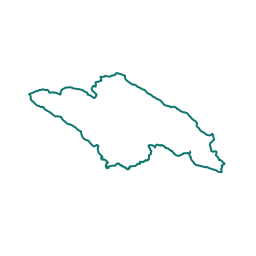 outline of Peque, Antioquia, Colombia, rotated 117°
{"feature_id": "7082276B42388352682684", "entity_name": "Peque", "entity_type": "district", "adm_level": 2, "iso_a3": "COL", "parent_name": "Colombia", "parent_adm1": "Antioquia", "projection": "equal_earth", "projection_center": [-75.872, 7.047], "detail": "fine", "context": "isolated", "style": "outline", "palette": "teal", "viewbox_px": 256, "rotation_deg": 117, "n_neighbors": 0, "source": "geoboundaries", "source_scale": "gbopen_adm2", "svg_char_len": 5839}
<svg xmlns="http://www.w3.org/2000/svg" viewBox="0 0 256 256"><g transform="rotate(117 128 128)"><path d="M90.3,167.1L90.8,168.0L91.4,170.4L92.0,171.6L92.1,172.1L92.5,172.0L93.0,172.6L94.2,174.2L94.9,175.6L95.3,175.2L96.6,174.4L97.4,173.4L98.0,173.4L100.5,175.8L100.9,176.0L101.9,177.6L102.8,177.4L103.6,176.5L105.7,175.6L105.9,175.8L106.0,176.4L106.1,177.7L106.6,178.2L108.6,178.2L109.2,178.4L109.7,178.2L111.0,176.8L111.2,174.9L111.6,174.3L112.1,172.4L112.2,171.8L112.5,171.3L114.3,170.9L116.2,171.4L116.6,171.7L116.8,172.2L116.4,173.9L116.1,175.9L116.2,177.3L116.5,179.2L115.4,179.8L115.0,180.7L115.3,182.9L115.0,183.7L115.0,186.4L115.3,187.4L115.5,189.1L116.3,190.6L116.5,191.8L117.5,194.5L117.5,196.1L118.1,198.4L120.6,202.2L121.3,202.4L122.4,203.4L123.3,204.0L124.3,204.2L124.4,204.4L126.6,204.3L127.7,203.8L127.9,203.6L128.6,203.5L128.9,203.6L129.1,204.3L129.2,207.3L129.4,208.4L130.0,209.8L130.1,210.8L131.6,213.1L132.2,214.2L131.2,215.2L130.9,216.1L130.7,217.3L131.2,217.8L131.9,219.5L132.0,220.7L132.3,221.5L133.5,222.8L134.7,224.5L135.7,225.2L136.0,225.6L136.4,225.6L136.8,226.4L137.2,226.9L137.4,227.0L137.7,227.4L138.4,227.7L139.2,228.5L139.9,228.9L140.2,229.3L140.7,229.5L141.8,230.8L142.7,231.3L143.7,229.5L144.7,228.6L146.3,227.9L147.0,227.0L147.5,225.8L147.7,223.8L148.4,222.5L149.1,219.7L149.1,218.2L148.8,217.3L148.8,215.6L148.8,214.9L148.4,214.0L148.0,213.9L147.8,213.3L148.0,212.6L149.2,210.4L149.2,208.9L149.4,206.8L149.4,204.6L149.8,202.9L150.7,198.2L150.6,197.8L150.0,197.0L149.0,194.4L148.6,192.8L148.8,192.1L149.9,190.8L150.4,189.5L150.9,187.1L151.7,184.4L151.7,182.9L151.2,181.8L151.0,178.9L151.5,174.4L152.6,170.9L152.4,169.6L152.5,168.5L152.6,168.2L153.3,167.9L155.7,165.6L157.2,163.6L157.8,161.4L157.7,159.8L157.4,158.4L157.5,157.4L157.8,156.3L158.7,154.8L159.2,153.0L159.9,151.0L159.9,150.1L159.0,149.1L157.4,148.2L157.2,147.7L157.2,147.4L157.6,146.1L158.4,146.1L160.3,145.5L163.5,142.9L163.7,142.4L164.0,141.2L165.3,137.8L165.8,137.7L166.4,138.4L166.8,138.4L167.1,138.3L167.6,137.6L167.9,136.9L167.9,136.5L167.6,135.9L166.8,135.4L166.8,135.1L166.9,133.5L167.2,131.9L167.8,130.3L168.0,130.3L168.4,131.1L169.2,131.0L169.7,130.7L171.6,130.8L172.5,130.2L173.3,128.7L173.0,128.6L173.0,128.2L172.8,128.0L172.8,128.4L172.4,128.5L172.3,129.0L171.9,129.0L171.2,127.5L170.3,126.8L169.4,125.8L168.6,124.7L168.5,124.1L167.9,123.5L167.3,122.3L166.3,122.3L165.8,121.9L165.4,121.8L165.1,121.5L164.9,121.6L164.5,121.3L164.4,120.7L163.9,119.8L164.3,119.7L164.4,119.1L164.4,117.9L164.6,116.9L164.4,116.6L164.2,116.5L164.2,116.3L164.4,116.0L164.7,116.0L164.3,112.8L164.7,112.3L164.6,111.6L165.0,111.3L165.1,111.0L164.7,110.2L164.9,109.6L164.8,109.2L164.2,108.8L163.7,108.9L163.6,108.6L163.3,108.7L163.1,108.6L163.0,108.8L162.8,108.6L162.2,108.8L161.9,108.6L161.6,108.9L161.4,108.6L161.0,108.5L160.8,108.1L160.8,107.6L160.4,107.2L159.4,105.8L159.1,105.1L158.6,104.3L157.8,103.8L155.5,103.3L155.1,102.3L155.1,101.7L154.8,101.5L154.7,101.3L154.0,101.1L153.2,101.8L152.7,101.9L152.5,100.9L152.1,100.7L151.7,100.1L151.6,99.2L151.3,99.1L151.0,98.6L150.5,98.6L150.2,98.4L149.7,98.3L149.4,97.9L148.8,97.8L148.6,97.6L148.5,96.5L148.2,96.1L147.8,95.8L147.3,95.9L147.1,95.5L145.9,95.3L142.9,96.9L142.0,96.5L141.6,96.1L140.8,95.8L140.5,95.9L139.5,96.6L138.6,96.5L138.2,96.6L137.7,97.6L137.3,98.0L136.8,98.8L136.1,99.2L135.7,100.3L135.2,100.7L134.9,101.4L134.3,101.6L133.9,101.5L133.3,100.8L132.5,98.8L132.3,97.8L132.3,97.1L132.9,95.2L131.1,95.3L130.1,94.9L129.7,94.6L129.5,94.2L129.2,93.0L129.4,92.3L128.7,91.3L128.8,90.6L128.5,90.4L127.9,90.4L127.9,89.5L127.8,89.1L127.8,87.4L128.0,86.8L128.5,86.6L128.6,86.4L128.4,85.4L128.5,85.0L128.3,84.6L128.5,84.2L128.1,83.2L128.1,82.5L128.4,82.0L128.4,81.2L128.6,80.3L128.6,79.7L128.9,79.0L128.8,78.8L128.6,78.6L128.5,78.1L128.9,77.8L129.0,77.4L129.4,76.9L129.5,75.8L130.0,75.5L130.3,73.4L130.4,71.6L129.9,70.8L129.8,70.0L128.8,69.5L128.2,68.5L127.2,68.2L126.2,67.1L125.8,67.2L125.1,66.8L123.8,64.1L123.2,63.4L123.0,62.7L122.1,61.9L121.3,61.7L121.6,61.4L123.2,61.7L123.8,61.5L124.8,60.1L125.2,59.1L125.7,58.6L126.1,58.7L126.4,58.5L127.5,57.3L128.7,54.1L129.4,53.5L129.6,52.0L130.2,50.7L129.9,49.3L129.3,48.6L129.2,47.1L128.7,45.4L127.9,41.4L127.7,40.9L127.2,40.7L126.9,40.3L126.9,39.1L127.0,38.5L126.9,36.8L126.5,35.4L126.3,33.0L125.9,31.9L125.6,30.6L126.0,28.8L126.0,28.0L125.4,25.6L124.8,24.7L124.2,24.7L122.2,26.5L121.5,26.3L120.6,26.4L119.9,26.7L119.5,26.6L118.9,27.4L117.5,26.8L116.9,26.0L116.4,25.8L115.8,26.1L115.6,26.5L115.4,28.1L114.8,29.2L114.6,30.5L114.6,31.2L115.1,31.8L115.1,32.4L114.6,32.6L114.3,33.1L113.7,33.7L112.3,37.4L110.2,37.8L109.0,38.5L109.0,39.3L109.1,39.7L109.7,40.5L110.3,41.0L110.5,41.4L110.7,42.2L110.6,43.6L110.1,44.0L109.1,44.2L107.8,45.7L106.7,46.7L106.0,46.9L105.6,47.5L105.4,47.7L103.7,47.7L102.8,47.1L101.6,47.0L99.8,46.2L98.9,46.2L96.8,48.4L95.7,48.9L95.0,50.2L95.2,50.5L96.3,50.8L97.3,51.6L97.7,52.3L98.1,53.5L98.3,55.4L97.7,57.9L97.6,61.0L97.3,62.4L96.8,63.4L96.1,64.5L95.6,66.6L95.0,67.7L93.9,68.3L93.1,68.4L92.4,68.7L91.2,71.1L91.1,73.9L90.3,76.2L89.9,76.9L89.3,79.2L88.2,81.2L88.1,82.0L88.3,84.5L89.0,86.5L89.0,88.9L89.0,89.4L88.6,90.4L88.6,93.2L88.5,93.7L88.1,94.0L88.0,94.6L88.2,96.7L88.5,97.1L89.1,98.2L89.5,98.6L90.0,99.3L89.9,100.1L89.9,101.2L90.9,105.0L90.9,105.6L90.6,107.3L89.8,108.7L88.8,111.6L88.7,113.0L89.0,115.7L88.5,117.9L88.8,118.7L88.7,120.0L88.2,121.6L88.1,122.7L87.9,123.2L88.2,124.7L87.8,127.7L86.7,129.8L86.7,131.3L87.0,132.5L86.8,134.1L86.8,136.7L87.0,138.1L86.8,139.2L86.4,139.7L86.3,140.1L86.5,140.8L86.5,142.7L87.3,143.6L87.3,143.8L87.3,144.6L86.9,145.9L86.9,147.3L86.1,151.2L85.4,152.8L85.2,153.1L83.2,154.1L82.7,154.9L83.1,155.9L83.2,158.5L83.8,161.0L83.7,161.8L84.3,163.1L84.9,163.6L86.0,163.4L86.4,163.6L86.8,164.1L87.1,164.1L87.4,164.4L88.6,166.2L89.3,166.7L90.3,167.1Z" fill="none" stroke="#0f766e" stroke-width="2"/></g></svg>